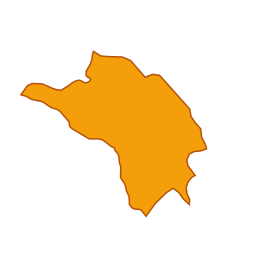 Nwoya, Mercator projection, rotated 49°
{"feature_id": "UGA-5625", "entity_name": "Nwoya", "entity_type": "District", "adm_level": 1, "iso_a3": "UGA", "parent_name": "Uganda", "parent_adm1": "", "projection": "mercator", "projection_center": [31.834, 2.49], "detail": "fine", "context": "isolated", "style": "filled", "palette": "amber", "viewbox_px": 256, "rotation_deg": 49, "n_neighbors": 0, "source": "natural_earth", "source_scale": "10m", "svg_char_len": 1288}
<svg xmlns="http://www.w3.org/2000/svg" viewBox="0 0 256 256"><g transform="rotate(49 128 128)"><path d="M225.9,131.9L218.1,132.8L210.2,132.0L203.0,133.6L202.0,141.4L202.9,157.1L206.5,172.3L206.3,172.3L199.6,171.9L197.7,172.3L196.4,173.3L193.4,176.3L191.2,177.3L186.8,177.2L180.5,172.2L174.5,170.4L169.8,167.9L167.9,167.1L162.0,166.4L160.1,165.8L152.5,158.9L148.5,157.2L143.9,153.9L141.8,152.8L139.7,152.5L137.8,152.5L136.0,152.4L134.0,151.4L130.9,152.8L123.2,154.2L119.6,155.4L116.7,157.6L110.6,164.5L92.6,170.5L89.1,171.0L87.6,170.5L85.5,168.8L83.8,168.4L70.7,168.4L67.9,169.2L61.4,172.9L52.2,175.2L42.8,182.2L37.6,183.9L36.5,184.5L32.7,187.0L30.1,176.3L31.5,171.2L38.5,163.7L48.3,159.1L52.8,156.4L55.7,153.6L56.5,148.7L57.2,143.6L57.3,140.8L58.2,136.5L60.1,133.2L62.9,131.9L65.0,131.3L66.4,130.0L67.2,128.1L67.5,125.9L66.7,124.3L64.9,124.4L62.7,125.1L61.1,125.3L57.8,122.4L54.9,114.3L52.6,110.3L49.9,107.3L47.5,103.8L55.8,101.3L61.9,95.3L70.6,85.8L78.7,81.8L101.0,81.8L103.6,74.3L109.0,69.6L154.2,69.0L160.9,73.0L167.6,73.7L176.4,73.7L183.1,78.4L191.2,80.4L195.3,82.4L192.8,88.5L189.2,93.4L187.9,98.7L190.6,104.5L195.9,107.6L207.9,108.5L207.1,110.8L207.4,114.6L208.3,118.4L211.3,123.3L216.3,126.6L222.4,128.4L225.9,131.9Z" fill="#f59e0b" stroke="#b45309" stroke-width="1.5"/></g></svg>